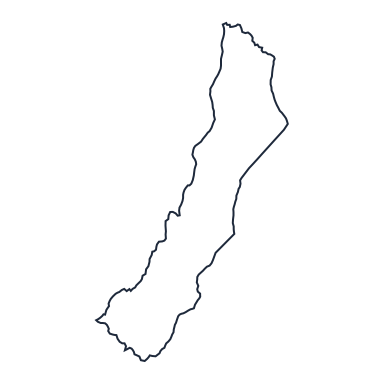 Piquerobi, São Paulo, Brazil
{"feature_id": "56859067B52261858326650", "entity_name": "Piquerobi", "entity_type": "district", "adm_level": 2, "iso_a3": "BRA", "parent_name": "Brazil", "parent_adm1": "São Paulo", "projection": "equal_earth", "projection_center": [-51.748, -21.844], "detail": "fine", "context": "isolated", "style": "outline", "palette": "slate", "viewbox_px": 384, "rotation_deg": 0, "n_neighbors": 0, "source": "geoboundaries", "source_scale": "gbopen_adm2", "svg_char_len": 3428}
<svg xmlns="http://www.w3.org/2000/svg" viewBox="0 0 384 384"><path d="M222.8,24.5L224.0,28.2L224.2,31.0L224.0,34.2L223.3,37.3L222.5,39.8L221.8,42.4L221.5,45.7L222.2,48.7L222.7,51.6L222.0,54.8L221.0,58.9L221.0,62.0L221.0,65.7L220.6,68.7L219.5,71.3L218.2,74.3L217.0,76.4L215.6,78.5L214.2,81.4L213.0,84.2L211.4,86.8L210.3,88.8L210.4,91.3L210.0,94.8L211.2,98.8L212.2,102.0L212.6,104.9L212.8,107.8L213.9,111.0L213.9,115.3L214.9,119.4L213.3,122.8L211.6,127.7L209.6,131.1L207.7,132.7L206.0,135.1L204.5,136.9L202.8,139.0L201.1,141.6L198.1,143.9L195.3,145.9L194.0,147.8L193.3,150.0L192.9,152.4L192.4,154.7L193.4,157.3L194.8,159.3L195.8,161.6L196.2,164.2L195.3,166.7L194.6,169.1L194.2,172.2L193.8,175.6L192.8,180.0L191.3,183.7L189.5,185.4L187.8,185.4L185.8,187.9L184.5,189.9L183.6,192.4L183.1,194.7L183.1,198.0L182.5,201.0L181.1,204.7L179.5,207.6L179.1,210.7L179.7,215.3L177.7,215.7L175.7,213.4L172.8,211.9L170.2,212.0L168.6,215.4L168.3,219.1L165.6,221.1L165.5,225.7L165.9,231.4L165.6,234.5L165.9,238.6L164.4,240.6L162.3,241.4L158.9,241.7L157.0,244.4L156.4,246.7L156.0,249.7L154.1,251.3L152.3,251.7L151.7,255.0L149.6,259.0L149.5,261.8L148.4,266.2L146.1,269.3L145.5,274.0L142.6,275.7L141.9,279.1L140.7,281.1L137.9,283.8L136.3,285.4L135.2,287.4L132.6,288.9L130.8,290.9L129.4,289.1L126.7,291.1L124.2,288.9L121.8,290.0L119.3,292.0L117.5,292.7L115.6,293.8L112.9,296.4L110.8,298.9L109.6,301.1L108.6,303.6L109.0,306.1L107.5,308.2L106.4,309.9L105.7,312.3L105.1,314.6L103.5,314.3L102.3,315.9L100.4,317.6L98.3,319.1L96.2,320.2L97.9,321.8L100.7,323.0L102.8,323.0L105.1,323.3L106.8,324.8L107.9,326.7L108.8,328.8L108.2,331.0L109.8,333.6L112.6,334.5L114.3,334.9L116.4,335.1L117.6,338.8L119.7,341.8L122.2,343.3L124.5,343.3L126.0,346.2L124.9,350.3L126.9,349.3L129.7,347.8L131.6,348.6L132.9,350.2L133.9,352.0L134.5,354.3L136.4,355.1L139.4,356.5L140.9,360.2L144.7,361.0L147.2,358.8L148.7,357.1L149.8,355.4L152.3,356.0L155.6,356.3L157.4,354.9L159.5,353.3L160.4,351.1L162.1,349.1L164.4,347.8L165.2,345.6L166.2,343.4L168.4,341.5L170.3,339.2L171.4,336.7L172.2,334.5L173.5,332.3L173.8,329.3L174.4,327.0L174.9,324.8L176.0,322.8L177.0,319.6L178.2,316.2L179.6,314.6L181.3,313.8L183.4,313.3L185.6,312.2L188.3,310.5L190.5,309.3L192.2,308.9L193.9,308.3L195.0,304.7L196.6,302.1L197.8,300.1L199.2,298.5L200.2,296.7L200.1,293.6L197.8,291.6L197.2,289.2L198.3,285.9L196.8,282.4L197.2,279.6L197.3,277.0L198.7,274.6L201.0,272.5L202.9,270.8L204.8,268.7L206.9,266.7L209.6,265.6L211.5,263.3L212.9,260.2L215.6,252.8L234.3,233.9L233.9,231.4L233.7,229.1L233.7,226.4L232.8,223.1L233.0,219.7L233.5,215.4L233.5,212.1L233.3,209.2L233.9,206.7L234.6,204.5L235.3,201.7L236.3,198.9L236.4,195.6L237.9,192.0L238.6,188.8L239.8,187.0L240.5,183.7L240.1,180.3L241.6,177.9L249.0,168.2L253.4,163.5L255.3,161.4L256.7,159.9L261.7,154.3L273.0,141.8L274.9,139.7L283.9,129.8L287.8,123.9L286.9,120.8L286.0,118.4L284.7,116.5L281.9,112.8L279.8,110.8L278.3,107.8L276.8,105.0L275.6,102.2L274.6,99.6L273.8,96.7L273.1,93.7L271.6,90.5L271.4,87.2L270.6,84.4L270.7,80.0L271.9,76.6L272.2,72.5L272.8,67.6L273.6,64.1L273.6,61.2L274.7,58.8L273.9,56.7L272.3,55.6L270.3,54.4L268.1,54.2L265.7,52.3L263.0,52.2L261.6,50.4L262.2,47.7L259.1,47.1L257.5,44.6L255.1,45.2L254.3,42.7L252.3,40.8L252.7,37.8L251.5,35.6L250.1,34.1L248.0,32.5L245.4,33.1L242.3,32.0L241.4,28.4L239.9,25.0L237.7,24.5L235.9,25.9L232.9,26.7L230.2,27.0L229.7,24.8L227.2,24.9L226.2,23.0L222.8,24.5Z" fill="none" stroke="#1e293b" stroke-width="2"/></svg>